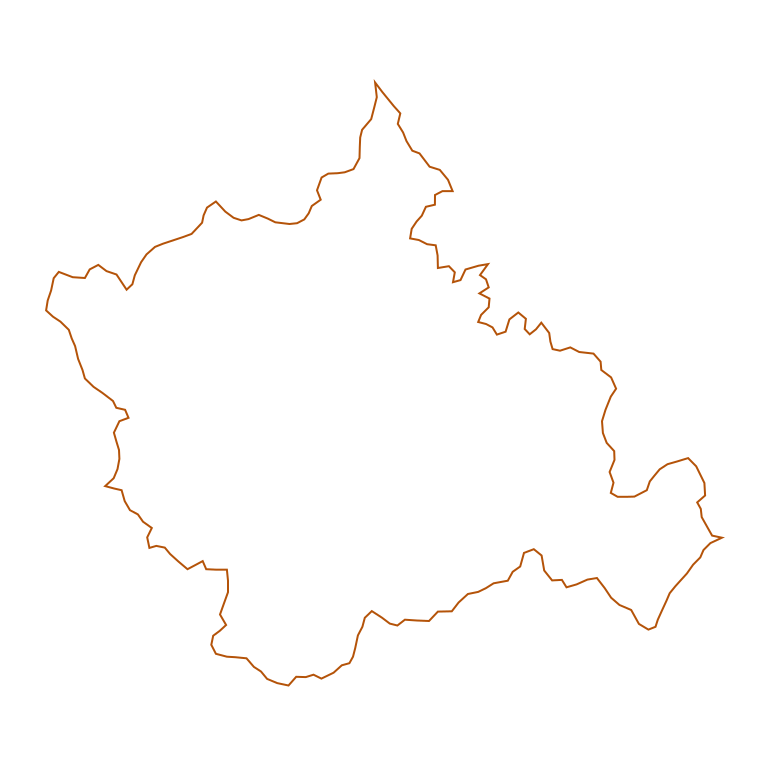 Sarapuí, São Paulo, Brazil
{"feature_id": "56859067B6054851869048", "entity_name": "Sarapuí", "entity_type": "district", "adm_level": 2, "iso_a3": "BRA", "parent_name": "Brazil", "parent_adm1": "São Paulo", "projection": "mercator", "projection_center": [-47.776, -23.649], "detail": "fine", "context": "isolated", "style": "outline", "palette": "amber", "viewbox_px": 768, "rotation_deg": 0, "n_neighbors": 0, "source": "geoboundaries", "source_scale": "gbopen_adm2", "svg_char_len": 3201}
<svg xmlns="http://www.w3.org/2000/svg" viewBox="0 0 768 768"><path d="M53.7,278.2L51.1,290.5L47.7,300.5L46.1,310.4L53.0,316.7L60.4,321.6L68.8,329.8L71.7,338.4L75.1,346.1L78.1,358.9L82.5,370.0L84.9,378.5L93.5,386.8L102.4,392.9L113.0,401.0L116.3,407.8L125.1,409.8L128.5,417.8L119.4,421.2L113.9,432.7L116.5,441.8L119.0,450.0L119.4,458.9L117.5,469.1L113.7,478.2L105.2,486.1L114.1,488.5L121.6,490.2L124.7,501.1L130.0,510.2L137.9,514.4L143.0,521.7L151.8,528.0L147.2,537.4L149.4,547.9L156.3,545.9L164.8,547.6L170.1,554.0L178.4,561.5L187.5,569.2L196.0,564.7L202.7,561.1L206.2,569.2L216.8,569.7L226.9,569.7L228.0,580.7L228.0,592.2L223.5,604.7L220.0,614.5L226.1,625.0L219.7,630.9L213.2,635.7L211.3,644.8L215.9,653.8L226.9,656.7L235.2,657.2L246.5,658.3L253.9,666.9L261.0,671.5L267.1,678.9L277.2,683.1L288.5,685.5L296.2,676.8L305.8,677.1L313.5,674.7L321.4,678.6L333.6,672.7L341.8,665.3L349.4,663.2L353.0,656.7L355.2,648.2L357.9,635.4L362.4,626.8L364.8,617.8L371.8,611.1L382.0,617.7L389.8,623.6L397.4,625.5L404.9,619.7L416.9,620.5L429.0,621.0L437.9,611.6L451.8,611.3L458.6,602.5L467.9,594.0L478.2,591.9L486.0,588.1L493.6,583.3L507.8,580.7L512.7,571.8L520.2,566.5L524.0,552.9L533.8,549.2L541.6,555.5L544.2,570.5L552.1,580.4L561.9,579.9L566.5,587.3L576.6,584.4L587.4,579.6L596.9,578.0L604.7,588.1L611.1,597.7L619.5,605.0L631.2,610.0L638.9,623.9L648.4,629.6L655.5,626.8L657.8,619.7L662.2,610.0L666.4,600.9L669.7,593.2L675.4,586.2L680.9,580.1L686.9,573.5L693.1,564.7L700.3,557.4L703.5,550.0L710.4,543.1L721.9,537.7L712.1,535.6L707.7,527.8L701.7,517.1L700.8,508.9L697.2,502.4L705.1,495.5L704.4,483.0L696.2,466.3L688.1,458.1L677.0,461.5L667.5,464.2L659.7,469.3L654.3,475.8L649.8,481.4L646.8,490.2L634.4,496.6L626.9,496.8L617.6,496.8L610.8,492.9L613.5,482.7L609.6,472.0L614.5,459.9L614.2,451.1L606.7,442.9L602.9,433.0L602.0,421.2L605.5,409.8L610.8,396.6L616.1,388.7L611.1,377.4L601.3,370.0L600.6,361.7L593.5,353.6L579.2,352.0L570.3,347.4L560.0,350.7L552.6,349.1L550.4,341.6L549.2,333.0L541.3,322.7L536.0,329.3L529.7,334.3L524.7,329.0L525.9,318.8L518.3,312.5L509.4,319.4L505.6,331.7L496.9,334.6L492.5,327.4L486.0,324.0L478.2,322.0L481.1,314.9L488.7,307.3L489.5,298.6L479.4,293.4L488.7,287.4L486.0,279.3L480.0,275.1L488.0,264.1L478.6,265.7L465.5,269.5L460.5,280.1L453.0,282.2L454.8,272.3L448.9,266.2L437.9,268.0L437.6,255.5L435.7,245.3L427.1,244.2L418.8,240.0L410.1,238.4L411.7,228.8L416.6,221.5L421.8,215.7L425.9,206.8L434.9,204.7L435.0,195.0L442.5,191.1L452.6,191.1L448.0,179.8L439.8,169.9L429.6,166.7L419.5,153.4L412.3,150.7L406.5,141.1L403.1,132.5L397.8,123.9L400.3,113.4L393.7,106.0L382.3,92.0L375.1,82.5L376.8,97.2L374.4,106.8L371.2,119.1L362.1,129.8L360.2,137.5L359.8,146.9L359.5,158.1L353.5,169.1L344.7,172.3L337.7,173.2L328.3,173.6L321.6,177.5L317.0,190.3L320.7,199.7L311.8,206.0L308.7,213.3L304.3,219.4L297.1,223.2L289.5,224.0L275.3,222.3L267.8,218.6L258.8,214.9L248.5,219.1L241.5,220.4L233.6,217.8L225.3,211.6L215.9,201.5L207.0,207.6L203.6,215.4L202.1,222.7L191.6,233.9L182.9,237.1L163.0,243.7L155.0,246.9L146.5,254.4L141.1,262.2L134.8,275.3L132.4,284.2L126.6,289.7L116.5,274.5L106.5,271.1L98.3,264.9L89.7,269.4L84.9,278.0L72.7,277.2L58.8,271.9L53.7,278.2Z" fill="none" stroke="#b45309" stroke-width="2"/></svg>